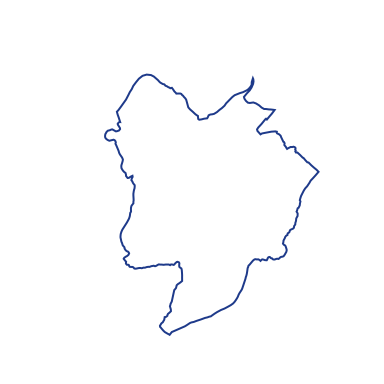 the district of Pursat, Pouthisat, Cambodia, rotated 38°
{"feature_id": "14789045B81185563432345", "entity_name": "Pursat", "entity_type": "district", "adm_level": 2, "iso_a3": "KHM", "parent_name": "Cambodia", "parent_adm1": "Pouthisat", "projection": "robinson", "projection_center": [103.921, 12.468], "detail": "fine", "context": "isolated", "style": "outline", "palette": "blue", "viewbox_px": 384, "rotation_deg": 38, "n_neighbors": 0, "source": "geoboundaries", "source_scale": "gbopen_adm2", "svg_char_len": 6041}
<svg xmlns="http://www.w3.org/2000/svg" viewBox="0 0 384 384"><g transform="rotate(38 192 192)"><path d="M83.1,159.8L83.5,168.6L83.6,172.9L83.4,175.0L85.8,176.8L88.5,178.5L92.3,181.1L91.8,181.4L91.4,182.6L91.5,184.1L92.4,184.7L94.1,185.3L95.9,186.0L96.6,186.7L96.6,188.5L95.5,190.2L94.7,191.1L90.7,191.7L90.0,192.4L89.2,193.9L87.9,195.6L87.7,197.5L87.9,198.3L88.1,199.8L88.7,200.9L89.6,202.1L90.5,202.7L92.0,203.0L93.6,202.9L95.3,202.5L98.0,199.1L99.1,198.8L100.4,199.1L101.4,199.8L102.0,201.1L103.5,201.8L106.0,203.2L108.7,204.7L110.5,206.0L111.9,206.7L115.7,207.9L117.5,208.9L118.2,210.1L119.0,212.0L119.9,214.4L120.4,215.2L121.7,216.6L122.8,217.1L124.5,217.7L126.4,218.0L127.8,217.9L129.2,218.9L130.2,220.0L132.6,220.6L133.5,219.8L134.3,217.5L135.1,215.9L135.9,216.6L136.2,218.3L136.6,219.3L137.1,220.1L138.2,220.3L138.9,220.6L139.4,221.0L140.8,221.5L142.6,221.9L143.3,222.7L144.4,224.4L145.1,226.2L145.7,227.4L146.9,229.5L148.1,231.0L150.3,233.5L151.2,234.6L151.9,235.9L152.8,237.0L152.8,239.8L152.9,240.4L153.7,242.1L154.9,243.7L155.9,244.8L156.1,245.4L156.2,246.5L157.8,249.2L158.4,250.7L158.8,252.0L159.2,254.3L159.5,256.2L160.3,264.5L160.8,266.6L161.7,269.0L162.9,270.9L163.8,272.0L165.3,273.2L166.1,273.9L167.1,274.7L168.0,275.1L170.3,276.7L172.6,277.1L173.3,277.6L173.7,278.1L175.5,278.7L176.4,278.8L177.4,278.7L178.3,278.4L179.0,278.5L180.2,279.0L180.6,280.5L180.5,281.3L180.2,282.6L179.7,283.6L179.1,285.5L179.3,286.7L181.2,287.2L183.0,287.5L183.8,288.9L184.7,289.3L185.5,289.4L186.7,288.5L187.4,288.5L188.0,289.0L188.9,289.3L189.9,288.7L190.8,288.0L191.4,287.6L192.3,287.5L193.2,287.7L193.7,287.8L194.7,287.2L195.3,286.6L196.8,284.8L197.5,284.1L198.2,283.6L199.2,283.1L199.8,282.4L200.2,281.6L201.4,280.7L201.8,280.2L202.4,279.2L203.2,278.3L203.8,277.7L204.4,277.4L204.9,276.7L205.6,275.5L207.3,273.6L208.2,273.4L208.9,272.9L209.5,271.6L209.9,270.5L210.4,269.5L211.7,268.7L212.9,267.8L214.4,266.9L215.9,265.4L218.4,263.4L219.0,263.3L219.8,263.1L220.0,262.1L220.6,261.6L221.1,261.3L221.7,261.0L222.5,260.7L222.7,259.7L222.7,258.8L222.8,257.7L223.0,257.1L223.1,256.5L223.6,255.9L224.9,255.5L225.9,255.9L227.0,257.6L228.0,258.7L228.6,258.9L230.7,258.8L231.4,259.3L232.2,260.0L234.1,262.1L235.4,263.6L236.7,265.3L239.0,268.2L238.6,270.1L238.1,271.9L237.7,272.9L237.4,274.3L237.4,275.1L237.8,275.9L238.5,277.5L238.5,279.2L238.4,280.2L243.5,290.8L244.0,293.4L244.5,294.3L244.9,295.6L247.4,297.4L248.1,298.1L248.8,298.9L248.6,300.6L248.1,302.9L248.4,304.1L248.8,304.7L248.6,305.8L248.2,306.7L247.5,307.4L248.7,309.6L248.9,310.4L249.0,311.7L249.2,312.6L248.8,314.1L248.8,315.1L249.0,315.8L249.0,317.0L249.8,317.9L250.7,318.0L251.8,318.3L254.8,318.9L256.8,319.1L259.8,318.7L261.4,318.4L262.3,318.3L262.3,314.8L269.1,302.2L269.8,300.3L270.5,298.2L271.1,296.4L271.8,295.2L273.4,293.3L274.9,290.8L277.4,287.1L279.8,283.2L281.4,281.2L282.3,279.7L283.4,278.4L283.7,277.3L284.7,274.0L285.7,271.2L287.5,267.1L289.4,263.8L291.0,260.2L292.2,257.3L293.0,254.6L293.2,252.3L293.1,250.4L292.9,248.1L292.6,246.3L292.0,244.3L291.7,242.7L291.3,238.3L291.0,237.1L289.8,233.7L288.5,230.1L287.6,227.6L286.8,225.9L286.4,224.6L285.6,222.8L284.5,220.8L282.7,217.7L282.4,216.4L282.0,215.8L281.9,214.8L282.1,214.1L282.2,210.9L282.3,208.4L282.7,206.8L283.2,206.0L284.8,205.1L285.6,204.3L286.3,204.1L287.6,204.0L288.4,204.1L288.6,202.3L288.9,201.8L289.9,201.3L291.4,200.8L292.9,199.8L292.9,199.1L292.7,198.5L292.4,197.5L292.4,196.4L292.9,195.6L293.7,195.3L294.6,195.5L295.3,195.4L296.0,195.0L296.7,195.2L297.3,195.2L298.3,194.7L299.0,193.9L299.6,192.8L300.4,192.0L301.3,191.6L301.6,190.8L301.7,189.7L301.9,188.8L302.3,188.1L303.0,187.4L303.7,186.3L303.7,185.2L303.6,183.9L303.4,182.7L303.2,181.2L302.6,179.8L301.9,179.0L299.9,177.6L298.9,177.0L298.1,176.8L297.2,177.0L296.2,176.9L295.4,176.6L294.9,175.3L294.1,174.1L293.8,172.9L293.7,172.0L293.5,171.0L293.2,170.4L293.1,168.8L293.3,168.0L293.7,167.2L293.1,166.2L292.9,165.6L293.2,164.8L293.4,164.1L293.4,163.5L293.0,162.6L292.8,161.3L294.2,158.6L294.3,157.4L293.9,156.8L293.4,155.7L293.4,154.1L292.4,152.6L291.9,151.1L291.3,150.0L290.6,149.0L290.3,148.1L290.0,146.0L288.6,144.0L287.7,143.5L286.5,143.1L286.1,141.6L285.6,140.6L285.3,139.7L285.7,138.9L285.4,137.3L285.0,135.9L284.3,134.9L283.2,132.6L282.0,132.1L281.1,129.9L280.4,128.0L279.6,124.0L279.2,121.9L279.0,119.7L279.0,119.0L279.2,116.6L278.9,112.6L278.5,110.0L278.8,107.0L279.1,102.8L279.3,98.2L276.5,97.8L272.9,97.7L269.6,97.5L265.7,97.0L264.6,97.6L262.0,97.2L258.8,96.5L258.2,96.8L254.6,96.3L250.8,96.0L249.6,96.9L248.4,96.4L248.3,95.6L247.1,94.9L247.0,94.2L246.1,93.4L245.0,93.5L244.0,93.9L243.3,94.9L242.0,95.8L240.7,98.6L240.4,99.5L239.4,99.2L238.0,98.6L236.0,98.2L235.4,97.5L235.0,96.6L233.7,96.0L233.1,96.2L231.3,95.3L228.3,93.8L227.2,93.1L225.2,92.9L222.9,93.4L222.0,93.0L221.7,92.3L220.4,92.9L217.4,95.6L212.9,100.7L211.1,102.8L210.5,104.4L207.7,103.9L206.0,103.6L204.7,102.6L204.5,100.4L204.9,95.6L205.0,89.6L205.2,88.7L206.4,88.8L206.5,85.0L206.7,81.1L206.6,76.5L205.2,77.3L203.4,78.4L201.7,79.6L199.3,81.0L197.7,82.2L194.9,82.6L191.5,82.4L187.9,82.8L185.2,83.7L182.7,86.3L181.0,87.2L178.4,87.0L175.9,86.2L174.4,85.1L174.5,80.7L174.9,76.4L174.6,73.0L173.6,69.2L172.4,67.0L170.9,65.4L170.0,64.9L171.4,68.6L173.0,70.8L173.3,72.9L173.2,75.9L172.6,78.1L170.7,82.0L168.9,84.5L166.0,89.5L165.3,92.4L164.8,96.7L164.5,99.5L164.3,101.0L164.5,104.0L163.9,107.5L163.1,110.4L162.5,113.6L161.3,116.8L160.2,118.2L158.7,119.7L157.9,121.3L158.4,123.2L158.6,124.6L156.4,126.8L154.8,128.9L153.2,130.6L151.9,130.6L149.8,128.4L148.3,128.6L146.4,128.6L143.3,128.3L139.6,128.1L137.0,127.6L135.1,126.2L132.7,124.4L130.5,122.8L129.0,122.3L126.9,122.0L125.6,121.6L124.7,121.7L123.2,121.3L122.2,121.6L120.6,122.8L119.1,124.1L118.1,123.8L116.2,123.6L113.9,122.8L112.0,122.3L111.0,123.6L110.1,123.6L108.8,124.0L107.3,124.1L105.6,124.6L104.0,124.2L102.5,124.9L99.7,125.3L98.4,125.2L96.3,124.8L90.9,124.5L87.7,125.1L84.0,127.4L81.5,130.9L80.4,135.4L80.3,140.0L80.4,144.6L81.2,148.0L81.5,151.6L82.1,154.4L83.1,159.8Z" fill="none" stroke="#1e3a8a" stroke-width="2"/></g></svg>